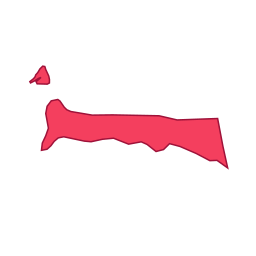 an SVG outline of East Grand Bahama, rotated 193°
{"feature_id": "BHS-5012", "entity_name": "East Grand Bahama", "entity_type": "District", "adm_level": 1, "iso_a3": "BHS", "parent_name": "The Bahamas", "parent_adm1": "", "projection": "robinson", "projection_center": [-78.023, 26.67], "detail": "fine", "context": "isolated", "style": "filled", "palette": "rose", "viewbox_px": 256, "rotation_deg": 193, "n_neighbors": 0, "source": "natural_earth", "source_scale": "10m", "svg_char_len": 899}
<svg xmlns="http://www.w3.org/2000/svg" viewBox="0 0 256 256"><g transform="rotate(193 128 128)"><path d="M21.9,111.5L34.0,116.5L40.9,114.6L56.2,118.6L73.1,121.7L84.0,122.1L88.5,115.0L95.4,111.4L105.7,116.3L112.0,117.5L123.8,112.4L139.8,114.8L150.3,111.3L160.9,106.3L167.6,105.4L188.6,105.0L193.7,102.7L196.9,98.4L199.1,93.4L202.1,89.1L207.3,86.8L208.1,94.0L206.4,101.9L205.5,109.9L211.4,123.6L211.7,131.0L208.9,137.2L202.8,140.0L200.4,139.0L194.8,133.9L191.7,132.0L187.4,131.2L165.7,132.5L146.0,137.3L100.4,146.9L81.9,146.9L42.8,157.4L31.4,131.5L21.9,111.5ZM227.7,154.9L229.5,153.0L233.1,150.0L234.1,151.1L231.1,154.9L230.0,157.2L229.9,158.9L228.4,161.7L227.1,165.8L225.0,169.1L222.9,169.2L222.2,168.1L221.4,166.6L216.9,160.8L215.4,157.5L214.7,154.2L216.5,152.6L226.5,150.6L228.0,152.5L224.9,156.5L224.2,157.7L226.6,156.0L227.7,154.9Z" fill="#f43f5e" stroke="#9f1239" stroke-width="1.5"/></g></svg>